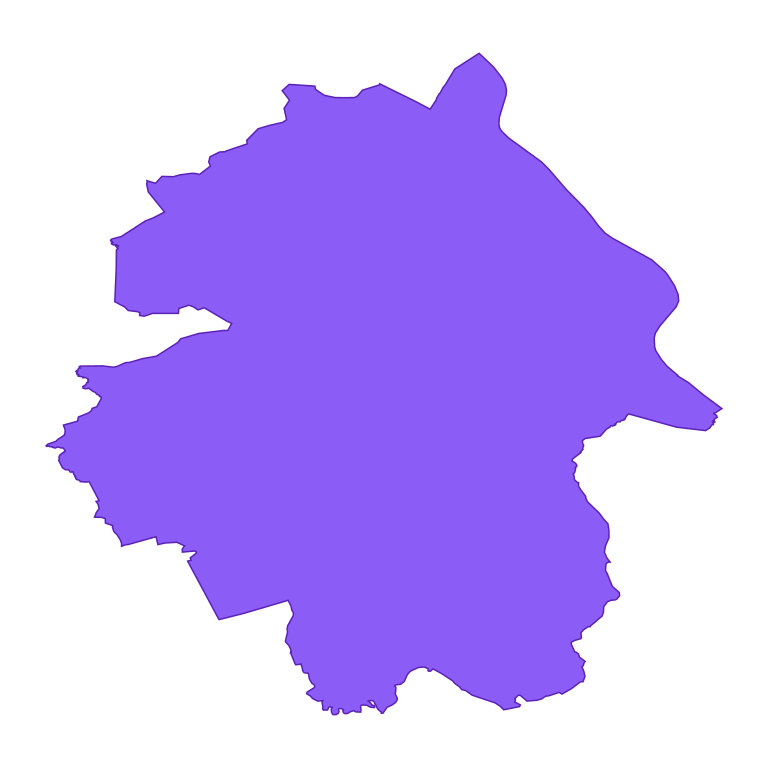 Sventes pag., Daugavpils, Latvia
{"feature_id": "27541924B80742795502066", "entity_name": "Sventes pag.", "entity_type": "district", "adm_level": 2, "iso_a3": "LVA", "parent_name": "Latvia", "parent_adm1": "Daugavpils", "projection": "robinson", "projection_center": [26.339, 55.911], "detail": "fine", "context": "isolated", "style": "filled", "palette": "violet", "viewbox_px": 768, "rotation_deg": 0, "n_neighbors": 0, "source": "geoboundaries", "source_scale": "gbopen_adm2", "svg_char_len": 6015}
<svg xmlns="http://www.w3.org/2000/svg" viewBox="0 0 768 768"><path d="M721.9,408.6L703.2,394.7L688.5,382.6L677.4,375.8L677.8,375.4L667.1,366.3L661.2,359.3L655.8,350.7L654.7,346.9L654.2,338.4L655.3,333.2L659.8,326.1L676.2,306.8L678.7,300.8L678.1,294.5L674.6,285.8L667.6,274.8L665.0,271.6L651.7,259.8L612.4,238.2L605.0,233.1L598.5,225.9L591.5,216.5L583.6,207.1L566.2,189.4L549.5,170.0L541.6,162.0L508.8,138.1L502.1,131.7L500.2,129.0L499.3,126.7L498.9,123.8L499.4,117.2L506.2,94.7L506.5,90.5L505.4,84.5L502.2,78.2L493.6,67.1L479.1,53.3L454.9,68.9L445.4,84.6L443.1,87.4L439.8,93.6L439.2,93.7L436.5,98.4L436.4,99.6L430.1,109.2L415.2,101.3L379.7,83.8L379.7,84.8L362.4,90.2L357.7,95.8L354.8,97.5L346.4,97.7L335.2,97.6L324.3,95.3L316.4,90.0L315.5,89.1L314.9,86.1L289.1,84.4L282.2,90.7L289.5,100.2L284.1,108.4L286.6,119.7L282.6,122.4L269.8,125.3L258.2,128.7L246.8,140.2L247.2,143.9L226.6,150.8L225.2,151.7L219.6,152.0L210.0,156.8L208.7,162.0L210.5,166.0L199.4,174.5L195.9,173.5L191.8,173.3L180.2,174.8L173.4,176.7L161.9,176.4L155.5,183.3L146.9,180.7L147.2,182.5L146.6,183.8L148.3,192.0L164.5,212.0L153.2,217.9L145.4,220.9L121.3,236.5L111.9,239.0L110.5,240.2L110.6,240.8L112.1,241.4L111.9,242.1L112.7,242.7L111.3,243.2L111.6,243.9L113.6,245.0L115.7,244.8L115.6,246.1L116.6,245.9L116.6,245.0L118.4,246.0L116.9,247.4L118.1,248.2L118.0,248.8L116.8,249.3L116.4,250.1L116.2,269.0L114.8,301.7L124.9,307.1L128.2,310.5L137.6,311.7L139.7,312.6L139.6,315.5L144.2,316.2L152.5,313.4L178.4,313.4L178.9,308.5L188.9,305.2L193.5,306.9L198.0,309.9L204.3,307.8L226.9,321.2L231.7,323.4L227.8,330.5L224.0,330.4L198.6,333.5L180.6,338.8L177.9,342.4L156.4,356.2L142.6,358.6L129.9,362.3L125.4,362.7L117.3,366.3L113.7,367.2L102.6,365.9L80.2,366.1L80.0,367.1L79.6,367.0L80.1,367.9L79.1,367.9L78.0,369.2L77.7,370.9L76.8,370.5L75.9,371.4L77.1,372.4L76.6,372.8L76.6,373.8L78.6,374.5L78.7,375.2L78.2,375.3L79.3,376.0L78.9,376.3L83.2,376.9L82.9,377.7L85.7,377.6L87.6,378.6L88.2,379.2L87.8,379.8L88.5,380.1L87.8,381.8L88.1,382.3L86.6,382.8L85.9,384.7L82.8,386.6L83.0,388.1L85.7,388.8L88.9,388.3L92.9,391.4L95.2,392.3L96.7,394.2L99.7,395.6L99.5,396.4L101.3,397.2L101.3,398.3L96.8,406.8L92.1,408.4L91.4,410.6L88.6,412.9L78.4,417.0L77.5,421.2L63.4,425.1L65.1,429.6L65.0,433.0L64.1,435.0L64.4,435.2L57.8,439.4L55.8,441.4L47.7,444.2L46.1,445.9L46.5,446.4L49.2,446.1L49.7,446.7L52.3,446.6L52.3,447.1L54.0,447.8L55.5,448.0L57.5,446.9L61.2,448.0L62.8,447.8L65.2,450.5L64.2,452.3L63.6,452.1L59.7,455.2L58.9,457.4L59.4,458.9L58.6,460.2L62.5,467.8L65.4,469.7L68.6,469.8L70.3,472.1L73.2,471.9L73.7,474.3L75.2,475.8L74.8,476.7L75.7,477.4L75.8,478.7L76.9,479.7L78.4,479.8L80.1,480.9L80.2,481.6L86.2,482.1L89.1,481.6L99.1,500.7L96.1,501.4L98.1,504.4L99.1,508.6L96.4,512.4L94.5,517.2L101.3,517.4L105.2,518.5L105.4,523.1L112.7,525.6L112.5,527.4L113.5,530.6L114.4,532.2L117.2,534.9L120.3,539.9L121.6,543.5L121.5,546.3L125.7,544.7L127.9,544.6L156.0,536.7L157.9,544.6L165.0,543.0L176.9,542.3L184.5,545.8L182.2,549.4L182.4,552.1L195.1,551.0L196.5,552.2L195.7,553.6L190.2,557.9L191.2,560.2L187.6,561.1L219.0,619.6L244.1,613.3L288.1,600.3L291.0,606.0L291.8,610.1L293.2,612.4L293.4,614.5L293.1,615.9L287.6,625.9L287.1,629.1L287.5,632.0L285.5,640.8L285.6,641.9L288.9,645.6L291.0,650.0L290.6,652.6L291.2,652.2L291.2,654.4L295.2,664.0L295.8,664.8L301.3,664.0L301.3,665.6L302.0,666.7L302.6,670.3L303.5,672.1L304.4,672.8L308.3,673.3L309.4,679.1L311.8,683.2L314.2,684.9L314.7,686.6L314.3,687.6L307.4,691.9L306.7,692.8L306.8,693.9L310.3,695.9L312.6,698.5L317.6,701.1L322.8,700.7L322.0,702.3L322.8,706.5L322.7,709.1L323.4,710.1L327.6,710.0L328.8,707.0L329.4,706.8L332.2,707.4L331.2,709.3L331.6,712.4L332.8,714.4L334.0,714.7L336.0,714.6L338.2,713.5L339.0,711.6L338.5,709.2L339.0,708.5L342.9,709.0L343.5,710.4L342.8,710.7L343.5,712.8L345.2,713.7L347.7,713.4L350.2,711.8L353.7,710.7L355.8,711.9L360.8,712.1L361.0,709.5L360.5,706.5L361.6,705.0L366.7,705.2L370.4,707.2L374.6,707.6L374.8,706.6L374.3,705.7L372.1,705.0L370.0,702.3L368.2,701.1L370.9,700.4L372.7,700.7L374.3,702.1L374.7,703.7L376.4,705.7L376.9,707.6L378.2,709.6L381.3,712.1L381.2,713.1L382.9,713.3L387.1,707.2L391.7,705.2L395.5,702.6L397.3,699.6L397.3,698.3L395.0,693.3L395.6,692.4L395.9,687.4L394.7,685.8L396.1,684.8L400.6,684.3L404.3,681.5L407.3,674.7L409.7,671.9L411.8,670.5L418.5,667.5L424.2,667.0L428.3,668.8L428.0,670.6L428.4,671.1L430.5,671.2L433.0,668.9L441.8,673.7L452.9,681.0L454.4,683.1L459.4,686.8L461.8,689.6L465.8,690.6L472.2,695.2L495.1,702.9L500.3,706.3L503.8,709.8L519.5,706.6L520.4,704.9L514.8,702.0L515.5,699.9L514.8,698.7L518.2,695.3L520.2,695.3L527.0,701.1L537.3,700.2L541.9,698.8L545.6,696.2L548.8,695.8L559.2,692.4L561.9,694.1L571.7,688.5L580.4,681.8L583.0,681.8L585.0,676.4L583.8,671.2L581.9,666.8L583.3,665.6L583.9,663.2L585.1,661.4L579.4,657.1L578.5,653.9L576.0,652.1L574.7,651.8L571.3,644.2L571.3,642.2L574.8,640.4L581.0,638.6L581.4,637.6L581.0,632.7L583.5,629.9L588.0,626.7L590.2,626.7L590.8,625.6L602.1,616.1L603.5,612.0L603.7,606.7L607.3,601.9L610.8,600.3L615.3,599.9L616.8,599.1L619.6,595.8L619.3,592.5L612.3,586.4L607.2,573.5L605.5,570.6L606.0,563.8L607.9,562.3L610.1,562.1L607.0,558.1L604.4,552.3L605.5,545.8L609.0,537.6L608.9,530.0L607.9,523.7L603.8,519.3L599.3,513.2L587.4,501.7L585.6,497.5L585.8,496.5L580.7,489.8L578.5,486.0L578.6,482.6L577.5,482.5L574.8,480.1L574.3,478.8L574.2,476.6L573.3,473.8L574.7,472.5L575.6,468.9L575.3,467.3L576.7,466.6L576.9,465.6L576.3,464.2L574.6,462.5L572.0,461.1L572.8,458.8L580.9,452.6L580.3,452.1L583.0,449.4L582.7,448.4L583.7,445.2L582.7,443.7L582.4,440.6L585.2,438.5L600.2,436.2L606.5,429.1L610.0,427.1L609.9,426.6L611.7,425.5L612.6,426.0L614.9,425.3L614.6,424.3L615.7,424.3L615.6,423.9L617.2,421.9L620.2,421.8L621.3,420.5L624.1,419.9L624.0,419.4L624.8,419.3L626.4,416.1L628.6,413.9L676.7,427.2L705.7,430.6L710.0,427.7L711.8,424.9L713.4,424.6L713.6,423.8L712.7,422.6L714.9,422.0L714.7,421.3L712.9,420.9L714.2,420.0L715.1,418.5L717.2,417.4L716.6,415.3L713.9,413.9L714.1,413.0L715.2,412.9L721.9,408.6Z" fill="#8b5cf6" stroke="#5b21b6" stroke-width="1.5"/></svg>